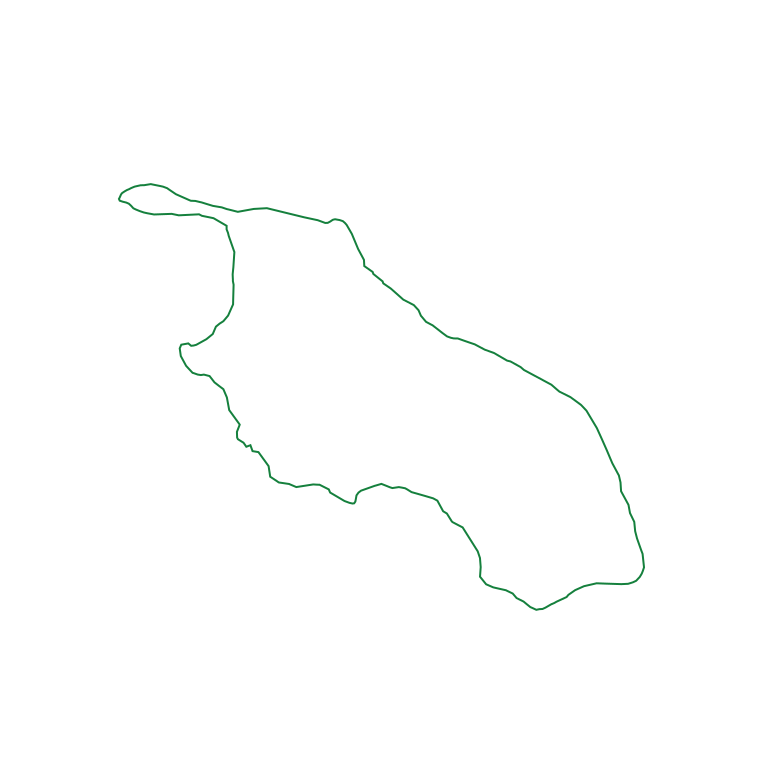 outline of Rota, Rota, Northern Mariana Islands, rotated 60°
{"feature_id": "39175420B64217482742742", "entity_name": "Rota", "entity_type": "district", "adm_level": 2, "iso_a3": "MNP", "parent_name": "Northern Mariana Islands", "parent_adm1": "Rota", "projection": "mercator", "projection_center": [145.199, 14.155], "detail": "fine", "context": "isolated", "style": "outline", "palette": "green", "viewbox_px": 768, "rotation_deg": 60, "n_neighbors": 0, "source": "geoboundaries", "source_scale": "gbopen_adm2", "svg_char_len": 3385}
<svg xmlns="http://www.w3.org/2000/svg" viewBox="0 0 768 768"><g transform="rotate(60 384 384)"><path d="M87.5,509.6L87.5,512.0L87.6,514.0L87.8,515.8L88.6,517.3L89.8,518.9L90.7,520.2L91.2,521.0L93.1,521.2L95.4,519.2L98.0,516.5L100.3,514.8L103.2,513.9L106.5,513.2L108.6,511.8L112.1,509.1L115.3,506.3L117.7,503.7L122.2,498.4L130.5,482.8L134.5,478.3L135.3,477.4L144.6,459.3L147.3,457.6L153.4,450.7L155.2,448.7L168.3,441.2L171.4,443.0L174.2,443.4L175.0,443.5L178.0,444.4L193.8,447.4L194.9,447.6L207.6,456.1L213.3,460.2L217.1,462.2L217.4,462.3L219.3,463.4L222.8,464.6L235.8,472.6L239.6,474.9L241.1,477.0L246.8,484.8L249.3,491.7L249.4,493.5L249.5,496.0L249.8,497.9L250.3,500.9L255.1,507.3L256.4,515.4L256.2,527.0L255.5,529.6L254.5,531.9L251.0,533.2L248.6,539.9L251.0,543.1L258.2,546.0L269.3,546.3L272.0,545.7L278.6,544.2L279.3,543.5L282.7,540.6L284.7,538.1L285.8,535.3L289.9,531.1L297.8,530.0L303.0,527.9L308.2,525.7L317.1,526.8L329.2,531.1L346.4,529.3L347.1,529.3L351.9,535.3L357.0,538.0L358.8,538.1L364.7,535.0L369.5,534.6L370.2,530.3L376.4,531.4L380.2,526.8L396.4,525.1L397.4,525.0L407.4,528.9L415.0,525.1L415.3,525.0L416.7,524.3L420.1,520.0L423.2,516.1L423.4,516.0L429.4,511.5L435.6,495.5L437.8,492.2L439.0,490.2L447.7,484.5L450.0,484.8L451.1,484.9L465.6,476.7L469.7,473.3L471.8,471.0L472.4,469.5L471.5,467.6L469.9,466.2L466.7,463.5L465.3,460.4L464.9,457.2L467.6,442.6L467.7,442.4L469.2,436.2L473.1,433.1L475.9,430.9L476.3,430.6L478.3,428.8L480.7,422.7L482.7,420.3L484.9,417.8L486.9,416.6L491.4,414.2L495.4,410.3L501.4,404.5L507.6,398.6L511.7,396.1L523.3,396.4L523.8,396.4L527.6,394.3L536.8,394.0L537.9,393.7L543.3,390.3L547.5,387.6L575.8,386.5L582.7,387.9L590.9,391.8L598.9,397.2L608.5,395.7L614.7,391.1L616.5,389.2L623.6,381.5L624.7,380.8L629.8,377.3L635.7,376.2L642.2,371.9L646.0,370.5L650.4,368.8L650.5,368.7L652.7,367.1L655.7,365.0L656.7,362.0L658.1,359.2L658.4,356.0L658.4,353.2L658.4,348.9L658.5,348.7L658.8,346.0L658.8,343.5L659.8,332.4L658.8,329.7L658.1,321.5L659.1,311.9L662.9,299.5L667.5,292.2L676.0,278.5L679.1,272.5L680.2,267.6L680.5,264.0L679.4,260.4L679.0,259.0L677.1,255.6L675.3,253.3L672.8,250.5L660.4,245.0L656.7,244.4L643.8,242.0L643.6,241.9L637.1,240.1L628.5,236.2L618.8,235.5L610.9,232.7L595.4,232.3L587.5,228.4L580.6,226.3L579.4,226.3L566.8,225.9L561.8,225.3L553.0,224.2L540.9,222.9L528.6,221.7L508.3,222.0L500.7,223.8L488.6,229.1L478.3,235.9L475.3,237.0L468.3,239.4L441.8,255.8L437.7,257.2L435.2,258.7L427.7,263.2L425.3,265.7L412.2,273.2L404.6,279.6L395.0,285.6L391.5,288.7L386.3,293.2L381.5,297.3L380.8,298.4L380.6,298.8L379.4,300.8L377.4,303.0L374.3,305.6L368.8,308.0L357.4,312.6L356.2,313.4L351.2,316.5L343.3,317.9L337.4,317.2L331.1,318.6L330.6,318.7L320.6,325.1L304.7,330.4L296.5,334.3L294.4,333.9L283.4,338.2L281.3,337.8L272.0,342.1L266.5,339.3L254.1,338.9L237.9,336.8L227.6,336.8L225.0,337.3L222.4,338.2L219.8,340.5L217.8,342.9L217.2,343.5L216.6,344.7L216.2,346.3L216.3,347.9L216.4,348.9L216.4,350.1L216.3,352.2L215.1,354.4L209.0,359.5L199.7,369.8L173.2,397.5L167.3,409.2L164.1,418.1L161.8,424.5L155.3,431.2L153.9,432.7L149.9,436.2L144.2,443.1L139.4,447.6L135.5,451.2L134.6,452.2L131.1,455.9L128.7,459.7L127.4,460.7L124.5,462.8L120.4,465.8L115.6,469.3L108.4,472.8L106.0,473.9L102.6,476.7L100.5,479.0L95.4,484.8L94.3,486.0L91.9,492.3L90.2,495.4L88.4,501.2L88.2,502.6L87.9,505.1L87.8,507.5L87.5,509.6Z" fill="none" stroke="#15803d" stroke-width="2"/></g></svg>